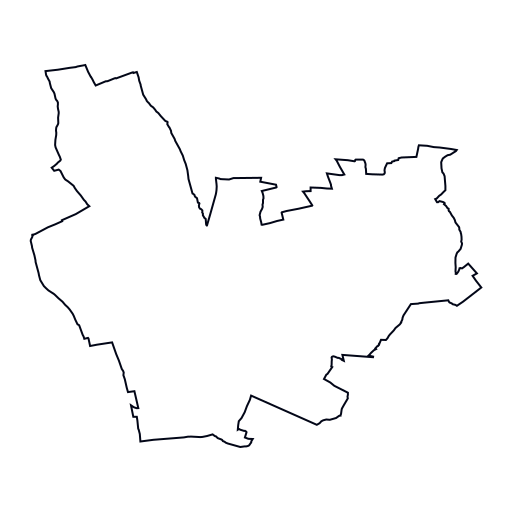 Rebricea, Vaslui, Romania
{"feature_id": "2599482B37161046362240", "entity_name": "Rebricea", "entity_type": "district", "adm_level": 2, "iso_a3": "ROU", "parent_name": "Romania", "parent_adm1": "Vaslui", "projection": "robinson", "projection_center": [27.58, 46.87], "detail": "fine", "context": "isolated", "style": "outline", "palette": "ink", "viewbox_px": 512, "rotation_deg": 0, "n_neighbors": 0, "source": "geoboundaries", "source_scale": "gbopen_adm2", "svg_char_len": 5979}
<svg xmlns="http://www.w3.org/2000/svg" viewBox="0 0 512 512"><path d="M252.7,439.0L248.3,438.8L244.9,437.5L246.5,432.3L246.3,431.7L244.9,430.8L244.1,430.9L240.2,429.7L239.3,429.1L238.6,429.2L237.8,429.7L238.2,425.1L238.8,421.2L241.5,418.1L244.7,412.2L246.9,406.2L249.9,399.8L251.1,395.6L316.8,424.8L319.1,423.5L319.9,422.9L321.3,421.3L323.2,420.3L326.3,419.5L329.8,419.8L336.1,418.0L339.0,415.9L340.4,415.6L340.3,415.4L341.0,414.1L341.6,409.8L341.9,408.6L343.8,405.2L347.8,398.4L347.5,396.6L347.9,394.8L347.9,392.7L334.3,385.8L330.3,382.5L324.0,379.0L326.3,374.7L327.5,373.9L332.2,367.1L331.5,366.8L331.2,366.2L331.6,365.3L331.7,361.1L331.9,359.7L331.6,357.4L332.0,356.8L333.2,356.3L333.8,356.4L334.9,356.7L337.7,357.9L338.8,357.9L341.4,359.1L341.7,359.8L343.8,360.8L342.4,354.9L373.0,357.2L373.1,356.6L368.5,355.6L369.5,354.7L371.0,352.9L373.9,350.2L376.0,349.1L375.3,348.4L377.4,346.1L378.0,346.0L378.2,345.6L378.8,345.2L378.8,344.8L379.1,344.5L379.0,344.0L379.3,343.7L379.2,343.5L379.8,342.7L381.0,339.8L385.9,340.0L387.5,338.2L388.8,335.9L390.0,334.4L393.8,330.4L395.5,328.0L399.8,324.4L401.1,322.7L400.9,322.5L402.3,319.6L402.6,317.7L403.5,315.4L410.9,304.1L418.2,303.6L419.3,303.2L424.0,302.7L448.3,300.3L448.9,301.7L449.6,302.5L451.8,303.4L452.6,304.2L455.5,304.9L456.9,305.8L463.0,301.7L481.3,287.5L475.9,280.6L472.6,275.8L476.9,273.4L468.2,263.6L463.9,267.1L462.0,268.4L460.4,268.0L459.5,268.3L459.4,269.4L458.9,270.2L458.4,271.5L456.8,273.7L456.2,274.0L455.7,273.9L455.8,273.0L455.5,271.3L455.7,267.2L455.4,262.9L455.5,257.5L456.6,253.9L457.3,252.4L458.3,251.6L460.6,248.9L461.9,244.7L462.0,243.3L461.2,241.6L461.6,239.7L461.5,236.7L461.1,233.9L460.8,233.2L460.7,232.1L459.3,229.6L459.3,228.0L459.0,227.0L455.5,222.5L454.8,220.0L453.7,217.8L451.9,215.5L449.9,211.9L449.0,211.2L448.6,210.2L448.6,208.7L447.4,208.0L446.1,206.0L444.0,204.2L444.7,203.3L444.5,202.8L443.0,202.0L439.5,201.1L438.1,202.2L437.0,202.2L435.2,199.1L436.7,198.5L439.2,195.8L441.1,194.5L443.5,192.0L445.4,190.2L445.4,186.0L444.6,176.2L443.5,173.5L442.4,172.4L441.5,168.3L441.2,162.2L441.8,160.7L442.8,158.5L445.0,156.8L447.6,155.2L450.2,154.7L456.0,151.0L456.7,150.0L451.1,149.0L439.6,147.5L433.8,147.1L427.2,145.8L418.9,145.3L418.4,146.9L418.1,148.9L416.4,156.9L401.6,157.5L398.7,158.2L398.2,160.0L394.5,160.6L394.3,161.1L392.1,161.6L391.3,163.1L387.1,163.3L385.0,167.8L384.7,169.0L384.5,170.4L384.8,172.2L384.6,173.4L383.8,174.3L382.5,174.6L372.4,174.3L366.2,173.9L365.9,168.8L365.4,167.1L365.6,164.8L365.4,163.4L364.4,160.7L363.9,160.1L363.0,159.6L355.7,159.6L355.3,159.9L355.0,161.0L354.6,161.3L347.8,160.2L335.6,159.3L336.7,160.7L339.8,166.7L344.3,174.5L342.1,175.1L339.3,175.1L326.9,173.4L327.9,176.5L330.5,183.3L331.0,184.8L331.0,185.7L331.9,188.7L326.8,188.5L321.0,187.9L310.6,187.5L310.6,191.1L306.3,191.2L303.0,191.6L304.3,193.2L309.8,201.5L312.3,205.4L312.1,205.7L298.7,208.7L286.6,211.0L281.8,212.3L281.6,212.7L281.8,213.4L283.3,219.6L277.0,221.0L270.0,223.1L262.3,224.8L261.6,224.7L261.2,222.3L260.2,218.6L260.0,216.5L259.6,215.2L260.5,211.7L262.1,208.8L262.7,206.9L262.5,204.7L263.0,203.0L263.0,199.7L263.5,198.4L263.4,196.0L262.6,192.9L261.8,191.0L276.2,187.5L276.6,187.1L276.0,184.7L260.3,181.7L261.1,177.8L233.4,178.1L229.0,179.5L220.6,179.1L219.1,178.5L215.9,177.8L215.9,178.8L216.5,183.9L216.7,186.5L216.5,190.1L216.2,192.3L215.8,194.4L210.3,214.0L207.0,225.4L206.9,225.5L206.4,225.1L206.1,224.2L205.7,218.9L204.2,217.7L203.8,216.7L202.9,215.4L202.9,213.5L202.2,212.5L202.4,211.0L202.3,210.4L201.2,209.2L200.0,208.7L199.1,207.3L198.9,205.5L199.4,203.4L199.1,203.0L197.9,202.6L197.0,198.2L195.1,196.7L194.8,196.1L194.4,194.8L193.1,193.8L192.5,193.5L188.5,179.0L188.2,176.0L187.4,170.2L185.7,163.9L184.2,160.2L182.8,155.6L180.7,151.4L179.8,149.1L175.3,141.0L174.6,138.9L171.3,133.0L171.0,130.8L169.4,127.4L169.0,127.1L167.3,124.2L167.6,122.1L167.0,121.6L165.4,121.0L164.6,120.2L160.7,116.0L158.3,113.0L156.3,111.5L155.2,109.8L153.2,107.4L150.8,105.7L148.9,103.1L147.8,102.1L146.7,100.8L146.2,99.5L143.2,94.7L140.7,85.6L140.6,84.6L139.2,80.7L138.6,77.3L136.8,72.0L133.4,73.0L133.0,72.3L132.2,72.5L116.1,78.4L115.4,78.1L114.4,78.4L107.5,81.2L105.7,81.3L95.7,85.5L93.8,82.2L92.6,79.7L91.0,76.9L90.8,76.9L88.1,71.8L85.3,65.0L77.4,66.5L75.7,67.1L69.9,67.8L58.0,69.7L45.5,71.1L46.1,74.9L46.5,75.9L47.0,76.5L48.1,78.8L49.6,81.5L49.9,83.3L51.2,88.2L53.9,92.3L54.5,93.8L55.5,98.4L56.0,99.6L57.2,101.0L57.9,102.5L57.9,104.6L57.7,106.3L58.0,108.8L58.7,111.9L58.7,113.3L58.1,117.6L58.3,123.1L58.0,124.2L57.2,125.8L56.5,126.9L56.2,128.0L56.0,130.6L56.3,132.8L56.2,135.1L55.4,139.9L55.1,145.0L55.6,147.4L58.9,154.9L59.8,156.7L60.8,159.6L60.3,160.6L57.7,162.7L57.0,163.6L54.2,166.0L51.7,167.7L54.2,170.8L58.7,169.6L60.5,171.0L63.7,177.4L65.0,179.2L65.5,179.7L68.0,181.3L73.6,185.8L74.8,188.0L76.9,191.0L80.8,195.5L83.9,199.9L85.5,201.5L87.2,204.2L89.3,206.2L75.8,214.1L61.9,220.2L62.2,221.2L55.3,224.3L47.9,227.3L35.5,233.9L34.1,234.4L31.5,234.9L32.9,235.3L32.6,235.6L32.2,237.1L30.9,239.6L30.7,241.0L30.9,241.7L32.0,246.3L32.1,247.6L34.4,255.3L35.5,260.4L35.6,262.0L38.6,273.1L39.0,275.3L40.3,280.2L43.9,286.1L45.9,288.1L48.4,290.4L54.1,294.1L55.1,295.0L58.5,298.3L62.5,301.7L65.1,304.8L67.7,307.2L69.6,309.4L72.7,313.8L73.8,316.0L75.3,319.7L77.5,324.3L79.0,325.1L79.3,325.6L82.7,334.9L83.6,336.5L84.3,338.8L88.0,337.9L88.5,338.5L90.1,346.0L96.9,344.7L112.1,342.4L116.2,354.1L118.9,360.6L121.8,369.0L123.1,370.9L123.7,372.5L123.4,375.2L124.8,379.2L126.8,388.0L128.0,392.1L134.4,391.2L138.3,408.1L136.8,408.2L135.4,407.8L133.8,407.2L131.0,405.3L133.3,416.8L136.8,416.8L137.4,420.6L138.2,428.7L138.7,429.7L139.8,434.0L140.4,441.5L153.4,439.8L183.9,437.4L187.8,436.7L191.2,436.6L200.5,437.1L202.6,436.9L207.1,436.0L212.6,434.4L214.9,436.1L216.0,436.4L217.7,438.1L221.4,439.5L222.2,440.0L222.9,441.1L224.5,441.7L225.8,442.7L227.8,443.5L240.3,447.0L244.6,446.4L246.2,446.4L247.9,446.0L249.2,445.3L250.4,443.5L251.2,442.5L251.3,441.3L252.7,439.0Z" fill="none" stroke="#020617" stroke-width="2"/></svg>